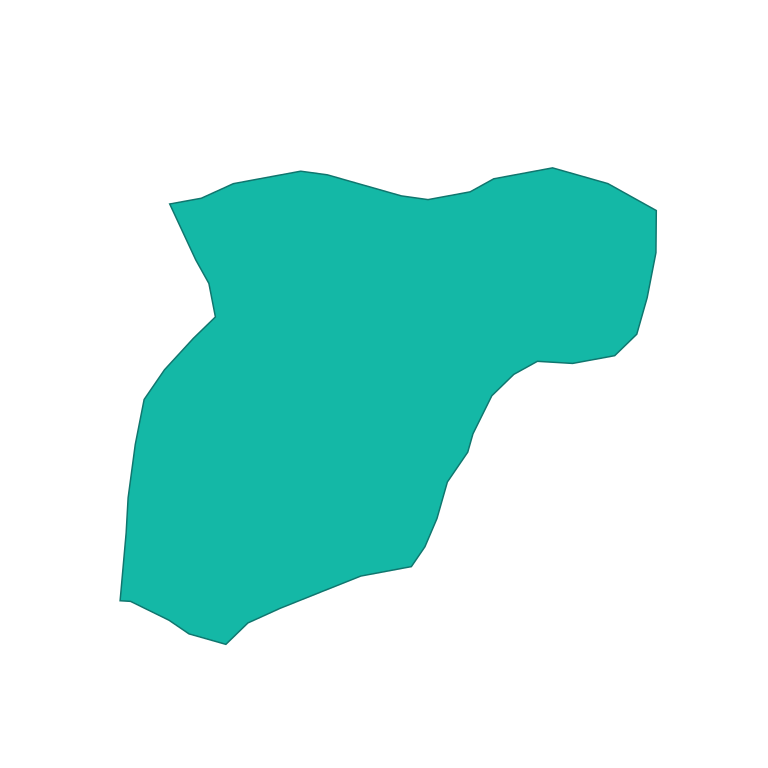 the district of Songhwa, Hwanghae-namdo, North Korea, rotated 79°
{"feature_id": "82179303B30689671895320", "entity_name": "Songhwa", "entity_type": "district", "adm_level": 2, "iso_a3": "PRK", "parent_name": "North Korea", "parent_adm1": "Hwanghae-namdo", "projection": "robinson", "projection_center": [125.113, 38.357], "detail": "fine", "context": "isolated", "style": "filled", "palette": "teal", "viewbox_px": 768, "rotation_deg": 79, "n_neighbors": 0, "source": "geoboundaries", "source_scale": "gbopen_adm2", "svg_char_len": 756}
<svg xmlns="http://www.w3.org/2000/svg" viewBox="0 0 768 768"><g transform="rotate(79 384 384)"><path d="M546.4,684.4L549.0,674.3L574.9,640.1L592.1,623.1L609.4,588.9L592.6,563.2L584.4,528.9L576.2,486.1L568.1,443.4L568.4,400.6L568.5,392.0L551.6,374.9L526.2,357.7L492.3,340.5L466.9,314.8L449.9,306.2L416.1,280.4L399.3,254.7L391.0,229.1L399.8,194.9L400.2,152.1L383.4,126.4L349.5,109.2L307.0,92.0L265.7,83.6L230.0,126.0L204.0,177.3L203.5,237.1L211.8,262.8L211.4,305.6L202.6,331.2L176.6,382.5L167.9,399.6L159.2,425.2L158.8,468.0L158.6,493.7L166.8,527.9L166.4,560.0L192.1,553.6L226.3,545.1L251.9,536.7L286.0,536.7L302.8,562.4L328.1,596.7L353.4,622.4L395.9,639.7L446.9,656.9L480.9,665.5L546.4,684.4Z" fill="#14b8a6" stroke="#0f766e" stroke-width="1.5"/></g></svg>